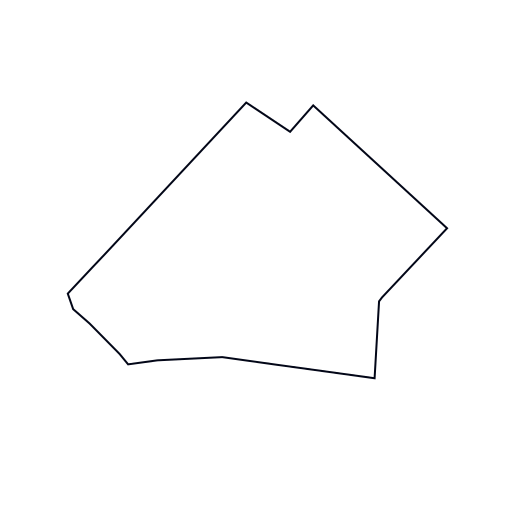 Bell, Texas, United States of America, rotated 344°
{"feature_id": "52423323B38294551325831", "entity_name": "Bell", "entity_type": "district", "adm_level": 2, "iso_a3": "USA", "parent_name": "United States of America", "parent_adm1": "Texas", "projection": "orthographic", "projection_center": [-97.615, 31.036], "detail": "fine", "context": "isolated", "style": "outline", "palette": "ink", "viewbox_px": 512, "rotation_deg": 344, "n_neighbors": 0, "source": "geoboundaries", "source_scale": "gbopen_adm2", "svg_char_len": 387}
<svg xmlns="http://www.w3.org/2000/svg" viewBox="0 0 512 512"><g transform="rotate(344 256 256)"><path d="M67.8,238.4L64.7,240.3L65.6,256.7L77.4,275.0L97.9,312.6L103.2,324.9L132.4,329.1L195.7,343.9L246.5,366.5L336.3,406.2L361.8,333.5L365.8,330.5L447.3,282.0L352.5,127.0L323.0,146.0L288.9,105.8L114.4,210.7L95.3,222.0L67.8,238.4Z" fill="none" stroke="#020617" stroke-width="2"/></g></svg>